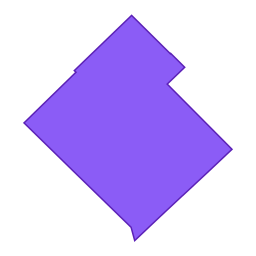 outline of Trenque Lauquen, Buenos Aires, Argentina
{"feature_id": "61730980B72658617364075", "entity_name": "Trenque Lauquen", "entity_type": "district", "adm_level": 2, "iso_a3": "ARG", "parent_name": "Argentina", "parent_adm1": "Buenos Aires", "projection": "robinson", "projection_center": [-62.544, -36.056], "detail": "fine", "context": "isolated", "style": "filled", "palette": "violet", "viewbox_px": 256, "rotation_deg": 0, "n_neighbors": 0, "source": "geoboundaries", "source_scale": "gbopen_adm2", "svg_char_len": 324}
<svg xmlns="http://www.w3.org/2000/svg" viewBox="0 0 256 256"><path d="M184.7,67.3L170.7,53.4L170.4,53.8L131.6,15.4L74.3,70.6L76.0,72.2L24.0,122.9L73.1,170.9L131.1,227.3L134.7,240.6L159.3,217.3L182.2,195.9L182.5,195.7L209.0,171.0L232.0,149.3L167.2,84.1L184.7,67.3Z" fill="#8b5cf6" stroke="#5b21b6" stroke-width="1.5"/></svg>